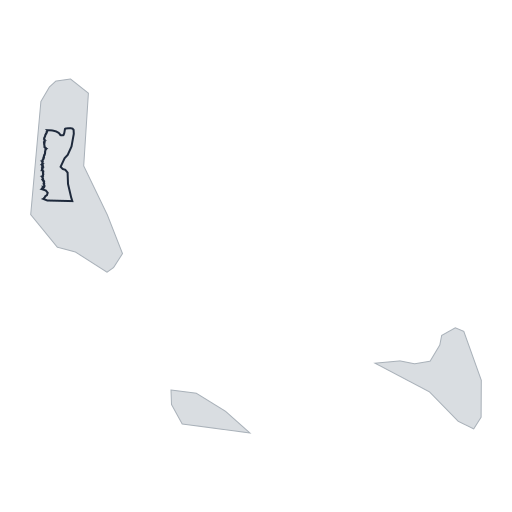 Itsandra-Hamanvou, Andjazîdja, Comoros shown in context
{"feature_id": "10938185B82482804134728", "entity_name": "Itsandra-Hamanvou", "entity_type": "district", "adm_level": 2, "iso_a3": "COM", "parent_name": "Comoros", "parent_adm1": "Andjazîdja", "projection": "mercator", "projection_center": [43.266, -11.611], "detail": "fine", "context": "in_parent", "style": "outline", "palette": "slate", "viewbox_px": 512, "rotation_deg": 0, "n_neighbors": 0, "source": "geoboundaries", "source_scale": "gbopen_adm2", "svg_char_len": 4338}
<svg xmlns="http://www.w3.org/2000/svg" viewBox="0 0 512 512"><path d="M113.6,267.5L107.0,272.2L75.4,252.0L57.3,247.2L30.7,214.6L40.9,101.5L49.4,87.0L55.8,81.1L70.5,79.0L88.4,93.2L83.7,165.9L107.3,214.8L122.5,253.6L113.6,267.5ZM463.8,331.4L481.3,380.3L481.1,417.2L473.7,428.9L458.2,421.3L429.5,391.9L375.0,363.2L400.0,360.9L414.6,363.8L430.1,361.2L439.8,345.0L441.7,335.4L455.3,327.8L463.8,331.4ZM225.5,411.3L249.9,433.0L182.2,424.0L171.5,404.5L171.0,390.0L196.2,393.2L225.5,411.3Z" fill="#d9dde1" stroke="#a8b0b8" stroke-width="1"/><path d="M72.5,128.6L70.5,128.2L67.7,128.3L65.4,128.6L65.0,128.9L64.3,132.9L63.6,134.9L63.3,135.2L61.1,135.3L60.4,135.1L59.8,134.1L58.6,132.8L56.0,131.4L52.9,130.6L51.8,130.4L47.4,130.2L47.5,130.3L47.4,130.9L47.2,131.0L47.0,131.3L46.9,131.5L46.9,131.8L46.7,131.8L46.7,132.0L46.6,132.3L46.6,132.5L46.5,132.9L46.5,133.1L46.3,133.3L46.3,133.6L46.1,133.9L45.9,133.9L45.9,134.1L45.8,134.3L45.6,134.6L45.5,134.9L45.3,135.0L45.3,135.3L45.2,135.4L45.2,135.6L45.1,135.8L45.1,136.0L45.1,136.4L45.0,136.6L44.9,136.7L44.9,136.8L44.8,137.0L44.6,137.2L44.6,137.3L44.3,137.7L44.3,137.8L44.2,138.0L44.2,138.3L44.1,138.5L44.1,138.9L44.3,139.1L44.2,139.2L44.4,139.4L44.4,139.5L44.5,139.7L44.6,139.8L44.5,140.0L44.5,140.3L44.6,140.5L44.5,140.8L44.5,141.0L44.4,141.3L44.5,141.3L44.4,141.4L44.3,141.5L44.3,141.8L44.2,141.9L44.3,142.0L44.2,142.1L44.3,142.3L44.2,142.3L44.1,142.6L44.0,142.8L44.1,143.0L44.1,143.3L44.2,143.7L44.1,143.8L44.1,144.0L44.2,144.4L44.3,144.5L44.4,144.8L44.3,145.0L44.4,145.3L44.5,145.7L44.4,145.8L44.4,146.0L44.4,146.3L44.5,146.4L44.5,146.6L44.7,146.9L44.7,147.2L44.8,147.3L44.7,147.4L44.8,147.5L45.2,147.8L45.2,147.7L45.4,147.7L45.5,147.8L45.7,148.0L45.6,148.3L45.6,148.6L45.7,148.8L45.7,149.0L45.9,148.9L45.9,149.0L46.0,149.0L45.9,149.1L46.0,149.2L45.8,149.4L45.7,149.6L45.3,150.1L45.4,150.3L45.4,150.8L45.3,151.0L45.2,151.2L45.1,151.4L45.1,151.5L45.1,151.8L45.0,152.0L45.1,152.3L45.0,152.5L45.1,152.9L45.1,153.0L45.0,153.3L45.0,153.9L44.6,154.2L44.5,154.4L44.3,155.0L44.2,155.1L44.3,155.3L44.1,155.4L44.1,155.5L44.0,155.9L43.8,156.3L43.9,156.6L44.0,156.9L43.9,157.0L44.0,157.2L43.9,157.7L43.7,157.7L43.6,157.8L43.3,158.0L43.4,158.5L43.5,158.9L43.4,159.0L43.1,159.0L43.0,159.3L43.1,159.5L42.8,159.9L42.6,160.0L42.5,160.3L42.4,160.5L42.5,160.8L42.4,160.8L42.4,161.0L42.3,161.3L42.3,161.5L42.2,161.5L42.4,161.7L42.4,161.8L42.6,162.0L42.4,162.3L42.3,162.5L42.3,162.8L42.5,163.0L42.5,163.4L42.5,163.5L42.2,163.7L42.2,163.8L42.3,163.9L42.1,164.1L42.3,164.1L42.2,164.2L42.3,164.3L42.2,164.4L42.2,164.5L42.5,164.8L42.4,164.9L42.4,165.1L42.6,165.2L42.7,165.4L42.6,165.5L42.8,165.6L42.7,165.6L42.8,165.7L42.9,165.9L42.8,166.1L42.7,166.1L42.6,166.4L42.5,166.5L42.8,166.7L42.7,166.8L42.7,167.0L42.9,167.2L42.9,167.3L42.6,167.6L42.4,167.7L42.5,167.8L42.3,168.1L42.2,168.4L42.3,168.4L42.2,168.5L42.3,168.7L42.2,168.8L42.3,169.0L42.1,169.2L42.2,169.3L42.3,169.5L42.2,169.7L42.4,169.8L42.5,170.0L42.4,170.1L42.5,170.1L42.6,170.3L42.5,170.5L42.6,170.8L42.8,170.8L43.3,171.2L43.3,171.3L43.1,171.3L43.0,171.5L42.9,171.8L42.9,172.0L43.0,172.0L42.9,172.3L42.9,172.5L43.0,172.6L42.9,172.8L43.0,173.4L43.1,173.5L43.0,173.9L43.3,174.2L43.3,174.5L43.1,174.8L43.0,175.0L42.9,175.2L43.0,175.5L42.9,175.8L42.7,175.8L42.6,176.2L42.3,176.3L42.5,176.4L42.4,176.6L42.4,176.8L42.6,176.9L42.4,177.1L42.5,177.2L42.5,177.3L42.5,177.6L42.7,177.8L42.8,178.0L42.6,178.2L42.6,178.3L42.7,178.6L42.9,178.7L42.9,179.0L43.1,179.1L43.1,179.3L42.9,179.4L42.8,179.6L42.8,179.8L42.8,180.0L42.7,180.0L42.9,180.3L42.9,180.6L43.0,180.7L43.3,180.6L43.5,180.8L43.8,180.8L43.9,181.1L44.0,181.2L43.9,181.3L44.0,181.4L43.9,181.7L43.9,182.0L44.0,182.3L44.0,182.7L44.1,183.0L43.7,183.1L43.6,183.3L43.6,183.9L43.7,184.0L44.0,184.0L44.1,184.9L44.3,185.2L44.2,185.4L44.3,185.6L44.1,185.7L44.1,185.8L44.1,186.0L44.3,186.2L44.3,186.4L44.4,186.5L44.3,186.8L44.1,187.2L43.8,187.0L43.7,187.0L43.3,187.2L43.2,187.2L43.0,187.4L43.0,187.5L42.8,187.4L42.7,187.3L42.7,187.9L42.7,188.1L42.4,188.1L42.3,188.3L42.0,188.5L42.0,188.9L41.7,189.1L45.8,190.5L47.7,192.8L46.9,195.2L45.9,195.8L45.7,196.0L45.4,196.1L44.7,197.4L44.4,197.7L43.9,198.2L43.5,198.8L43.3,198.9L47.3,200.5L72.3,201.1L71.1,197.2L68.0,183.9L67.6,172.6L65.3,169.8L62.7,169.0L60.6,166.8L64.6,158.2L67.7,154.9L71.5,146.5L73.8,133.8L73.6,129.9L72.5,128.6Z" fill="none" stroke="#1e293b" stroke-width="2"/></svg>